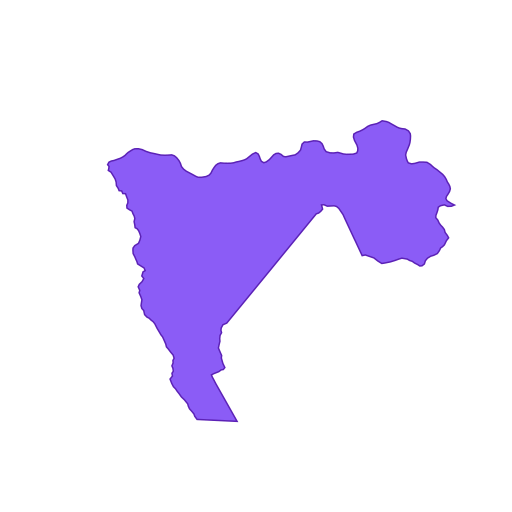 Várzea Grande, Mato Grosso, Brazil, rotated 292°
{"feature_id": "56859067B85246185509081", "entity_name": "Várzea Grande", "entity_type": "district", "adm_level": 2, "iso_a3": "BRA", "parent_name": "Brazil", "parent_adm1": "Mato Grosso", "projection": "robinson", "projection_center": [-56.271, -15.559], "detail": "fine", "context": "isolated", "style": "filled", "palette": "violet", "viewbox_px": 512, "rotation_deg": 292, "n_neighbors": 0, "source": "geoboundaries", "source_scale": "gbopen_adm2", "svg_char_len": 4246}
<svg xmlns="http://www.w3.org/2000/svg" viewBox="0 0 512 512"><g transform="rotate(292 256 256)"><path d="M233.4,139.8L230.9,141.9L227.1,142.4L223.7,142.3L220.2,139.7L217.3,139.0L215.3,139.7L212.2,141.2L209.9,143.9L207.9,145.9L206.2,147.7L204.3,149.2L203.6,153.2L203.0,156.7L200.9,158.7L199.0,157.2L197.0,157.4L194.7,157.6L193.1,160.4L189.6,160.0L186.0,158.4L183.3,158.3L180.6,161.1L178.1,161.4L175.4,164.2L172.7,166.6L169.7,167.3L166.9,168.0L164.5,169.9L163.4,172.3L159.9,174.7L158.5,177.8L158.3,180.3L157.3,182.6L156.6,185.2L155.3,187.5L151.9,191.4L149.4,194.7L147.3,197.4L146.0,199.7L144.2,201.6L140.6,205.3L138.2,207.0L137.0,209.4L135.0,212.7L133.1,216.3L130.5,218.4L128.1,218.1L125.8,219.2L122.6,219.2L120.8,221.0L118.2,222.5L115.8,222.0L113.4,223.5L109.7,222.4L106.3,225.6L103.9,228.4L102.7,231.2L101.1,233.5L99.7,236.0L97.4,239.6L95.8,243.6L94.4,246.1L93.3,248.1L91.4,249.5L89.4,251.6L88.1,254.3L86.3,257.6L84.4,259.3L82.4,262.6L95.6,300.4L122.6,266.5L125.6,263.0L127.4,260.8L129.1,259.2L131.2,261.0L134.8,264.8L137.4,266.4L138.5,268.2L140.9,268.9L143.9,265.6L148.4,262.1L150.9,261.4L152.7,259.5L156.6,255.6L159.9,255.0L163.4,254.5L165.8,253.3L168.9,252.4L172.0,252.8L174.0,251.3L176.3,250.7L179.9,251.1L182.8,254.0L244.2,273.2L317.7,296.1L319.3,298.0L321.7,299.3L324.4,300.2L327.9,297.6L329.0,299.8L328.9,303.4L330.3,306.4L331.8,309.6L332.1,312.1L331.2,314.9L327.0,321.2L324.2,324.1L309.1,340.3L307.2,342.4L296.1,354.3L297.9,356.9L298.4,366.0L297.0,370.8L296.2,375.4L297.8,378.1L300.9,382.8L303.9,386.5L306.5,389.4L308.6,392.0L309.3,395.1L309.8,397.5L309.4,400.0L309.6,402.9L308.9,405.6L308.6,409.2L308.1,411.6L309.1,413.6L311.7,415.1L315.0,414.8L318.2,415.8L321.2,418.0L323.3,420.6L326.2,423.2L329.6,424.0L332.7,424.2L334.4,425.4L336.9,426.5L341.5,426.8L345.0,427.8L346.8,425.6L348.7,422.5L351.1,420.7L352.7,418.1L353.7,415.8L355.2,413.4L357.4,411.1L358.9,408.3L361.1,407.6L364.3,407.5L366.9,407.3L369.5,406.7L371.7,408.2L374.0,411.5L373.8,415.1L375.3,418.5L377.6,420.9L377.9,417.0L378.8,412.4L380.4,410.5L382.7,410.3L385.5,410.9L388.3,411.3L391.1,411.0L393.2,409.6L395.0,407.6L396.3,405.7L398.3,403.7L400.2,401.2L401.6,398.5L402.6,395.3L403.8,391.5L404.5,388.1L405.3,385.8L406.2,383.5L406.9,379.4L405.6,375.5L404.3,372.3L402.8,370.4L401.4,368.6L399.7,365.7L399.4,362.3L400.7,360.7L402.6,359.0L405.7,356.9L408.5,356.4L411.6,356.5L414.4,356.5L416.5,356.5L418.9,356.2L422.1,355.4L425.2,354.3L427.2,353.2L429.1,350.5L429.6,346.7L428.7,343.4L428.3,341.1L428.3,338.7L428.8,335.0L429.2,331.8L429.6,329.1L429.5,326.5L428.6,322.3L426.3,320.6L424.0,318.5L422.0,315.6L420.2,313.1L418.0,311.0L415.1,309.2L413.1,307.7L410.6,305.5L408.4,303.0L405.7,301.0L402.8,301.8L400.1,304.0L396.6,308.1L394.0,310.1L391.6,310.9L389.2,310.8L386.8,307.9L385.5,304.9L384.2,301.9L383.3,298.7L383.1,296.4L382.7,293.0L380.7,289.6L379.4,286.1L379.0,282.0L380.8,279.1L383.0,277.2L384.9,275.1L385.9,272.3L385.5,269.4L384.3,266.1L382.2,263.0L380.9,261.1L379.8,258.1L377.0,256.8L373.7,257.3L370.8,257.6L367.3,256.3L364.4,254.4L362.8,251.9L360.5,248.5L359.1,246.4L358.6,244.2L359.6,241.1L359.7,238.3L358.5,236.1L356.4,234.5L353.9,233.6L350.4,232.3L347.1,230.3L345.4,228.3L345.8,225.5L347.8,223.3L349.5,221.9L351.4,219.8L351.8,217.0L349.1,214.5L345.5,212.5L342.6,210.9L340.9,209.4L339.3,207.5L337.3,204.8L335.8,202.5L334.0,200.3L332.5,197.7L331.3,194.8L330.0,191.4L329.0,188.1L327.3,186.1L325.0,184.7L322.4,184.0L319.2,183.4L316.1,183.2L313.5,182.3L311.0,180.0L308.5,175.9L307.3,172.8L307.3,170.5L307.8,166.5L308.1,163.5L308.5,159.6L309.4,156.3L311.0,153.4L313.6,151.2L315.6,148.8L317.4,145.6L318.3,142.8L318.2,140.0L316.7,136.9L315.3,133.8L313.9,129.8L313.3,126.2L312.8,123.1L312.1,119.4L311.8,115.0L312.0,110.6L311.4,106.8L310.0,103.5L308.5,101.8L306.6,100.4L304.2,98.7L302.2,97.7L300.2,96.9L297.8,95.3L295.7,93.5L293.8,91.3L291.4,88.6L289.8,86.2L287.9,84.5L285.1,84.2L284.0,86.2L282.0,86.7L280.0,87.0L279.4,90.2L276.9,93.6L274.7,96.5L272.2,98.6L269.0,100.2L267.0,103.0L265.3,104.6L266.0,107.1L264.0,109.1L264.9,111.7L262.5,113.8L260.0,116.2L257.2,117.3L254.6,117.2L252.1,118.4L251.4,121.8L251.2,124.2L249.1,126.1L247.5,128.0L245.4,129.6L242.2,130.1L239.5,131.9L237.0,133.3L236.7,135.7L235.4,137.8L233.4,139.8Z" fill="#8b5cf6" stroke="#5b21b6" stroke-width="1.5"/></g></svg>